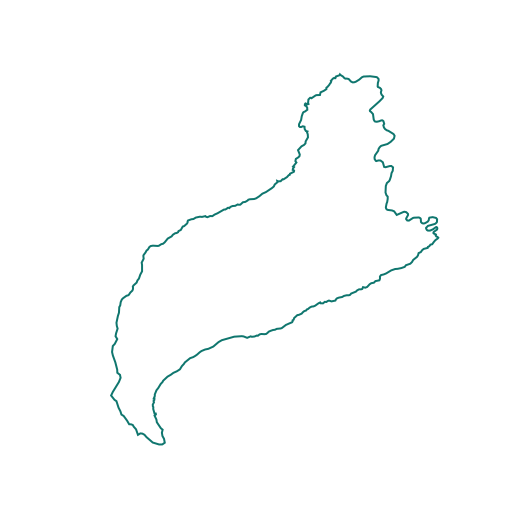 outline of Butha-Buthe (Butha-Buthe District), Butha-Buthe, Lesotho, rotated 57°
{"feature_id": "5366337B51987065811788", "entity_name": "Butha-Buthe (Butha-Buthe District)", "entity_type": "district", "adm_level": 2, "iso_a3": "LSO", "parent_name": "Lesotho", "parent_adm1": "Butha-Buthe", "projection": "equal_earth", "projection_center": [28.266, -28.757], "detail": "fine", "context": "isolated", "style": "outline", "palette": "teal", "viewbox_px": 512, "rotation_deg": 57, "n_neighbors": 0, "source": "geoboundaries", "source_scale": "gbopen_adm2", "svg_char_len": 6039}
<svg xmlns="http://www.w3.org/2000/svg" viewBox="0 0 512 512"><g transform="rotate(57 256 256)"><path d="M363.0,437.2L362.9,434.2L359.2,432.7L356.0,432.5L353.0,431.2L350.8,428.9L348.7,429.6L341.4,429.7L338.9,428.6L334.6,428.0L334.4,426.3L333.5,425.9L332.8,426.9L328.3,425.5L326.8,424.4L326.0,424.4L324.4,423.5L323.1,421.2L321.8,420.9L321.4,419.7L320.2,418.8L319.8,419.3L318.3,417.1L317.0,416.3L314.4,412.6L313.5,409.9L311.4,405.6L310.8,403.1L310.0,401.7L309.0,395.9L309.2,392.2L309.0,388.9L309.6,385.1L309.6,381.5L308.0,378.2L307.3,375.4L306.5,373.6L305.8,366.9L306.6,363.7L306.7,361.3L306.6,359.0L306.1,355.8L306.0,353.5L306.7,349.6L307.9,346.5L308.7,341.1L307.8,334.3L308.0,330.5L311.8,318.2L315.5,311.6L316.7,310.2L319.8,308.0L320.5,304.2L321.5,303.5L322.7,301.1L323.2,298.5L323.9,297.9L323.7,295.7L324.3,294.0L326.1,291.6L326.9,290.0L326.8,288.4L326.4,286.5L326.7,284.6L327.3,282.1L328.2,280.2L328.4,278.3L330.2,274.8L330.5,273.6L330.1,268.3L331.2,261.8L330.8,260.9L329.9,260.4L329.9,259.1L328.8,257.8L328.1,253.5L328.7,252.2L329.2,249.1L328.7,247.4L328.5,245.6L329.0,243.6L328.5,242.5L328.8,241.2L328.5,239.1L328.7,237.0L329.6,235.2L329.9,233.4L329.7,229.3L329.9,227.5L330.8,227.6L332.2,225.6L331.9,223.3L332.9,222.0L332.8,220.6L333.1,219.1L335.2,217.4L336.6,213.7L335.9,212.5L335.6,211.0L336.1,209.0L337.3,206.1L337.4,203.9L338.3,201.4L339.6,199.3L339.8,198.2L339.3,196.7L340.3,191.6L339.9,189.9L340.1,187.7L341.2,186.0L341.5,184.8L340.4,183.2L342.1,181.6L342.5,179.6L341.6,176.1L341.6,174.1L342.6,171.7L342.1,169.5L343.6,165.8L342.6,164.4L340.7,163.2L340.1,161.5L341.0,159.0L341.5,156.4L341.7,150.4L342.7,146.4L343.9,144.2L345.3,140.6L346.1,137.2L345.4,135.3L346.5,130.8L346.0,128.4L344.9,126.3L344.4,121.3L343.6,119.7L342.1,118.0L342.5,115.7L341.6,113.4L341.4,111.5L342.7,107.6L342.0,106.9L342.2,105.4L341.5,103.5L342.1,101.8L341.1,99.3L340.4,96.9L340.3,94.2L340.0,93.2L338.8,93.4L337.9,94.1L336.7,94.2L336.1,93.4L335.9,93.4L334.1,94.6L333.3,94.7L332.7,94.0L332.6,93.4L332.4,89.7L331.5,88.8L330.7,88.6L330.0,88.9L329.8,89.5L330.0,93.0L329.5,96.2L328.3,98.0L327.3,98.5L325.7,98.4L325.0,98.0L324.4,95.4L326.4,89.0L326.6,88.0L326.3,86.3L326.0,85.7L323.8,84.1L322.1,84.3L319.6,86.7L318.3,89.7L318.6,90.3L320.1,91.7L320.7,93.2L320.6,95.6L320.4,96.9L319.8,98.1L318.9,98.8L318.1,99.0L317.3,99.1L314.6,97.6L313.8,97.6L312.4,98.4L309.9,102.7L309.6,103.6L309.6,108.5L308.6,109.8L306.9,110.0L306.3,109.6L304.4,106.1L303.4,105.6L301.1,106.1L299.8,107.3L299.4,108.2L298.2,115.6L293.8,115.8L291.9,117.1L289.1,120.4L288.1,121.0L287.0,121.0L285.9,120.6L283.1,117.9L282.3,116.7L279.9,114.5L277.9,113.2L276.0,113.5L273.3,112.8L268.0,109.0L266.1,106.5L265.7,103.5L265.0,102.3L262.7,99.4L260.3,97.2L259.0,94.9L256.3,92.8L254.2,93.5L253.4,94.9L252.1,99.0L251.1,100.0L246.5,98.6L243.7,99.6L242.5,101.4L241.9,103.4L241.5,103.7L239.3,103.7L237.7,102.8L236.3,101.2L234.3,96.2L233.0,94.9L232.2,93.2L231.8,91.5L231.9,90.6L233.7,84.7L233.6,80.8L232.7,76.4L230.7,74.3L228.9,74.2L227.8,74.6L223.1,76.8L221.9,77.8L219.9,78.6L217.9,78.7L215.7,78.0L215.0,76.5L212.3,75.7L211.6,75.9L211.0,76.2L210.5,77.1L210.0,79.5L209.2,81.6L208.1,82.9L207.4,83.1L205.8,83.0L200.7,80.6L198.0,81.0L196.6,81.5L196.0,81.3L195.4,80.4L193.5,68.2L192.5,63.8L191.5,62.4L189.1,62.8L187.6,62.5L186.7,62.1L185.3,60.5L184.1,60.2L182.5,60.5L180.6,61.7L180.0,61.6L177.2,59.5L175.6,57.6L174.3,56.8L172.2,57.1L171.4,57.7L167.4,62.4L164.1,68.0L163.8,69.8L164.3,73.4L164.2,77.5L163.8,79.0L163.1,80.3L161.5,81.3L158.0,81.9L156.6,83.3L155.9,84.5L154.9,85.0L152.9,85.3L150.1,86.6L149.4,86.7L149.9,87.5L149.0,91.1L150.1,92.6L149.7,93.2L149.2,93.4L149.1,94.8L149.9,97.8L150.5,97.8L151.4,98.9L151.6,99.9L152.3,101.2L153.1,103.9L153.2,105.3L154.4,106.1L154.4,109.4L153.9,112.7L155.8,114.7L154.0,117.7L153.8,118.6L153.9,123.5L153.2,123.8L152.8,124.4L153.3,126.8L155.9,128.9L157.1,129.2L156.8,130.6L156.0,130.7L155.0,131.4L155.3,132.3L156.3,133.0L157.4,132.4L159.3,132.2L161.3,133.3L161.5,136.2L161.2,137.8L161.6,138.8L163.7,141.5L166.5,144.1L168.9,148.1L170.5,149.2L171.6,149.0L172.4,148.0L172.7,146.1L174.0,144.9L175.9,146.0L178.3,146.1L179.6,145.0L180.2,145.9L182.1,146.3L184.8,147.8L186.9,151.9L188.5,153.2L189.0,155.2L188.8,158.1L190.1,163.1L194.7,164.0L195.9,165.1L196.3,166.6L196.3,169.7L197.9,171.3L199.6,171.2L201.2,176.2L202.2,175.7L202.8,177.4L203.8,178.3L204.7,177.6L205.3,177.6L206.0,178.4L205.5,182.7L206.3,183.5L206.0,184.5L206.7,187.0L206.7,191.2L206.1,191.9L206.7,194.6L205.5,196.7L204.6,197.3L205.8,197.8L206.2,201.3L207.4,203.2L207.7,205.5L207.8,212.9L207.2,216.7L207.7,220.7L207.7,224.5L207.2,226.5L205.1,230.2L204.6,231.8L204.9,232.8L204.8,235.5L203.8,237.7L204.4,241.2L203.6,242.6L202.8,243.3L202.6,246.1L201.3,248.5L200.9,250.7L201.3,252.3L200.5,252.9L200.2,253.6L200.4,254.7L200.3,256.4L199.6,257.6L199.2,265.1L198.7,268.2L198.8,270.9L197.5,272.7L197.0,275.6L196.0,276.5L195.0,276.7L193.8,280.0L192.5,281.6L191.0,285.5L190.9,288.3L190.0,290.2L189.2,293.7L189.7,294.5L190.5,295.0L191.2,296.1L191.8,300.0L191.4,301.4L193.2,304.9L192.9,307.4L193.6,308.4L193.5,310.1L192.9,311.3L192.9,312.4L192.9,314.1L193.6,316.1L193.3,320.5L194.8,325.1L195.1,327.3L194.5,329.0L194.5,331.9L194.1,332.9L191.2,336.8L190.3,338.9L190.4,340.5L191.7,343.2L191.8,344.8L192.9,346.8L193.9,349.6L194.5,350.4L197.1,351.7L199.3,355.5L201.4,356.4L206.8,359.9L208.6,363.2L211.2,366.5L211.9,368.7L213.3,370.6L214.0,374.9L214.6,376.0L215.8,376.5L217.0,377.5L217.7,378.6L218.2,381.3L219.3,383.8L219.3,384.9L218.8,386.2L219.0,390.5L219.4,392.2L221.0,394.6L223.5,396.8L224.4,398.5L228.9,401.8L231.1,404.5L236.0,409.4L238.8,410.8L241.5,411.6L244.6,415.4L246.8,417.5L250.1,417.6L252.8,422.3L253.5,425.1L258.1,429.0L261.4,430.2L268.6,431.9L275.7,434.3L278.4,435.9L281.6,434.8L284.4,435.9L287.0,439.6L292.0,450.1L294.1,453.5L299.6,453.0L301.7,452.1L308.4,453.9L312.4,454.3L315.7,455.2L318.1,454.1L323.9,453.8L328.0,454.0L329.2,452.4L330.6,451.4L332.6,451.5L336.0,451.0L341.7,452.4L341.8,449.6L343.1,448.0L345.2,446.9L348.2,446.5L356.2,444.2L361.3,439.9L363.0,437.2Z" fill="none" stroke="#0f766e" stroke-width="2"/></g></svg>